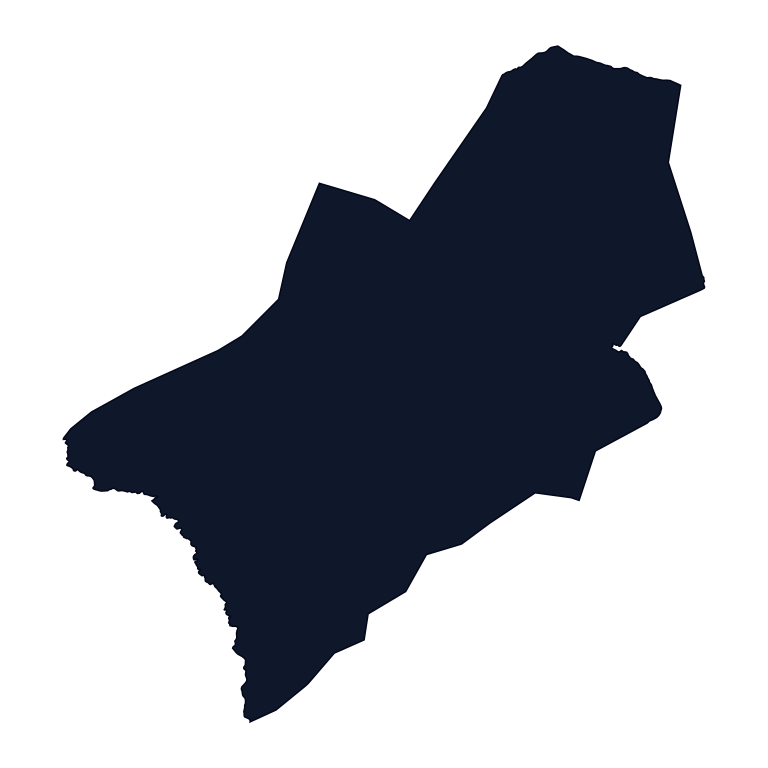 O'mnogovi, Uvs, Mongolia
{"feature_id": "93677404B24799113543159", "entity_name": "O'mnogovi", "entity_type": "district", "adm_level": 2, "iso_a3": "MNG", "parent_name": "Mongolia", "parent_adm1": "Uvs", "projection": "robinson", "projection_center": [91.474, 49.101], "detail": "fine", "context": "isolated", "style": "filled", "palette": "ink", "viewbox_px": 768, "rotation_deg": 0, "n_neighbors": 0, "source": "geoboundaries", "source_scale": "gbopen_adm2", "svg_char_len": 5997}
<svg xmlns="http://www.w3.org/2000/svg" viewBox="0 0 768 768"><path d="M250.1,721.9L276.0,710.0L305.3,686.1L308.4,683.2L334.3,653.1L364.1,639.9L368.1,613.9L405.7,591.5L426.4,554.6L461.6,544.0L490.1,522.9L535.2,492.8L571.3,497.7L579.1,500.4L595.4,451.0L647.3,423.0L649.3,421.0L653.0,419.5L656.6,417.5L658.2,416.0L659.5,414.3L660.5,412.3L660.7,411.0L661.3,409.4L661.5,408.4L661.1,406.4L659.8,403.7L655.2,395.3L654.6,393.7L653.6,391.5L653.2,390.1L652.7,389.3L651.5,385.3L651.2,384.6L649.7,382.5L649.3,381.7L649.1,380.3L647.5,377.6L646.8,375.7L646.1,374.8L645.6,373.8L644.9,371.4L643.1,369.3L642.4,368.7L641.2,368.0L640.0,366.5L639.4,365.3L637.6,362.9L634.3,360.8L633.6,359.5L633.2,359.2L630.0,358.0L629.5,356.7L628.3,355.6L627.8,353.8L626.7,352.3L625.7,352.0L623.3,351.8L621.7,350.6L621.3,350.5L621.0,350.7L620.5,351.4L620.0,351.6L618.7,352.0L618.1,351.8L615.6,350.2L612.4,348.6L611.7,347.9L611.6,347.3L612.9,345.8L612.5,344.3L612.8,343.9L614.5,344.2L615.4,344.9L616.3,345.2L616.7,345.3L617.4,344.8L617.7,344.8L618.0,344.9L618.6,345.9L619.2,346.2L619.8,346.3L620.7,345.8L640.3,316.5L701.0,289.9L704.2,288.2L704.4,287.6L704.6,286.9L704.4,286.3L703.9,285.3L703.4,283.7L703.8,282.2L704.4,281.3L703.8,279.2L703.8,277.6L702.9,276.4L702.3,276.1L690.8,232.4L668.3,162.5L680.7,85.3L670.0,80.5L666.6,80.2L663.1,80.3L660.9,80.0L656.1,78.9L654.0,78.8L651.4,77.7L649.9,77.5L647.2,77.8L643.6,76.4L639.5,74.5L637.2,72.6L634.3,72.0L632.2,70.6L629.8,69.7L628.4,68.6L627.0,68.0L625.2,67.6L624.0,67.6L621.0,68.5L619.3,68.7L613.8,68.7L613.6,68.4L612.5,68.1L611.4,66.9L610.7,66.4L607.2,65.5L605.3,65.3L600.1,63.1L596.1,62.3L592.3,60.5L586.3,58.5L579.3,56.6L576.7,56.2L574.1,56.2L573.2,55.9L570.9,54.5L568.1,53.0L564.0,50.0L560.0,47.5L558.1,46.2L557.7,46.1L551.9,47.3L550.5,47.8L549.2,48.8L547.4,50.7L546.5,51.5L545.5,52.1L543.8,52.7L541.7,53.0L538.5,53.1L536.5,54.3L531.7,58.6L525.5,63.6L522.9,66.2L521.0,67.3L518.4,67.4L517.4,68.8L516.8,69.3L515.7,68.9L514.7,69.1L512.4,70.3L511.7,71.0L509.8,71.7L507.7,72.0L505.6,73.0L504.4,74.1L502.8,74.6L501.8,76.0L486.6,107.9L434.7,182.9L409.6,220.7L374.8,199.8L319.4,183.3L286.7,262.8L278.6,299.3L242.0,336.0L217.9,350.6L134.3,388.3L91.5,412.0L70.8,428.8L63.6,438.1L63.4,439.4L65.4,439.3L66.3,439.6L66.9,440.1L66.9,440.5L66.8,440.8L65.5,442.5L65.5,443.1L67.7,444.8L68.2,445.3L68.4,446.0L68.4,446.6L67.8,447.5L67.8,448.0L68.1,449.9L67.5,451.0L67.3,451.8L67.3,452.6L67.9,454.0L68.0,456.8L67.6,457.5L66.7,458.3L66.9,459.1L67.3,459.7L68.7,460.7L69.2,461.5L69.0,462.0L67.4,463.7L66.8,465.1L67.6,465.7L70.2,466.6L71.8,467.7L72.9,468.6L73.3,469.1L73.4,470.1L73.8,470.7L74.6,471.0L75.6,471.0L76.9,469.8L77.7,469.5L80.2,471.8L81.9,472.6L84.6,473.3L85.7,475.0L86.3,475.4L87.2,475.8L89.0,475.9L90.2,476.2L91.3,476.7L92.4,477.8L94.0,479.8L94.5,482.2L94.6,483.3L94.5,484.1L94.9,484.7L94.8,485.4L94.4,486.1L93.1,487.7L93.1,488.5L94.4,489.3L98.2,490.3L99.1,490.7L101.6,491.1L107.7,490.7L109.6,489.4L110.4,489.4L111.2,489.2L112.7,488.3L113.3,488.3L114.5,488.5L115.3,488.9L117.7,490.8L119.2,490.9L121.7,490.5L124.9,491.1L127.3,491.9L128.0,491.8L128.7,491.4L129.5,491.4L130.2,491.5L131.5,492.3L132.3,492.5L135.2,492.0L136.1,492.3L137.1,493.3L137.6,493.5L139.5,493.2L141.2,491.7L141.8,491.3L142.3,491.2L143.1,491.8L143.9,493.7L144.4,494.3L147.3,494.6L150.7,495.9L153.3,496.4L155.6,496.0L156.5,496.0L157.4,496.6L157.0,497.3L156.4,497.6L155.3,497.7L154.4,498.8L154.4,499.1L151.9,500.9L154.6,503.5L157.3,505.3L160.5,509.8L160.4,511.6L161.5,513.5L161.6,513.9L161.3,515.6L161.4,515.9L162.1,516.2L163.3,516.0L164.6,514.8L165.5,514.4L166.4,514.3L166.9,514.9L166.3,516.8L166.4,517.5L166.7,517.9L167.5,518.1L169.3,517.6L170.6,518.0L172.6,517.7L173.1,517.9L174.2,518.9L177.3,519.5L177.8,519.7L178.3,520.3L178.4,521.2L178.3,522.0L177.7,522.8L176.8,522.9L176.1,523.3L175.4,524.0L174.9,525.1L174.3,526.1L174.3,526.5L176.4,528.6L176.8,528.9L177.5,528.9L180.6,528.0L181.1,528.1L181.7,529.2L181.4,530.4L180.8,531.4L180.4,532.4L180.4,532.9L180.7,533.4L181.3,534.0L181.8,534.8L183.1,535.5L183.7,537.1L184.3,537.6L185.7,537.9L186.5,538.6L188.1,538.6L190.6,540.5L191.0,541.2L191.1,541.8L190.9,544.1L191.1,544.6L192.1,545.7L193.1,546.2L194.8,546.6L195.5,547.3L196.1,548.9L196.3,549.5L195.7,551.1L196.8,552.1L197.0,552.6L196.0,553.9L194.7,554.7L193.8,555.8L193.4,556.8L193.3,557.5L193.6,559.1L193.9,559.7L194.8,559.8L196.9,559.0L197.6,559.4L197.6,559.9L197.1,560.8L195.3,561.6L194.9,562.0L194.9,562.4L195.8,563.7L196.2,564.7L197.4,566.5L197.7,567.2L197.8,568.8L198.2,569.2L200.1,569.4L200.5,569.6L200.5,569.8L199.4,570.6L198.6,571.9L198.6,572.7L198.9,573.3L199.5,573.9L201.9,575.7L203.6,575.3L204.2,575.5L204.4,575.8L204.6,577.0L205.2,578.3L205.3,580.5L205.4,581.1L206.4,581.9L208.1,582.6L209.5,584.1L210.0,584.5L210.6,584.4L213.0,583.3L213.6,583.6L214.9,586.6L217.6,589.2L218.6,590.8L220.7,592.8L221.1,593.6L221.4,595.2L220.7,595.6L220.5,596.0L221.0,597.0L224.2,600.3L226.2,601.6L226.5,602.2L226.6,603.0L225.6,603.9L225.2,604.6L225.4,605.8L225.3,607.4L224.6,609.1L224.2,609.5L224.3,609.8L224.9,610.0L226.3,610.0L226.8,610.5L226.9,610.9L226.8,611.3L226.0,612.3L225.9,612.8L226.3,614.0L226.8,614.5L230.4,616.4L230.4,616.7L229.0,617.3L228.8,617.7L228.8,618.8L229.1,619.2L229.4,620.4L229.3,620.9L228.7,622.9L229.7,624.0L230.0,625.7L231.3,625.9L232.3,626.3L236.2,626.3L237.4,627.3L237.8,628.1L237.7,629.1L237.0,630.6L236.5,633.1L236.8,637.6L236.6,638.4L235.6,640.3L235.0,640.8L234.9,641.7L235.2,642.3L235.4,643.3L235.4,644.5L235.0,645.4L233.2,646.8L232.6,648.2L236.2,652.6L237.7,654.0L239.2,654.9L242.2,656.5L244.5,658.4L245.6,660.0L245.3,664.8L244.6,666.2L243.8,667.2L243.7,668.1L244.0,668.9L244.9,669.5L246.0,671.0L245.5,674.0L245.6,675.6L246.6,678.1L246.9,679.6L246.6,681.1L245.4,683.0L242.0,686.7L241.4,688.4L241.4,689.3L242.1,691.3L242.6,694.9L243.2,696.1L244.9,698.0L245.3,699.0L245.5,700.6L245.5,702.3L245.3,703.8L244.7,705.2L244.7,707.5L243.8,711.8L244.0,712.5L244.2,714.0L244.1,715.4L244.3,716.2L244.8,717.0L248.4,718.5L249.6,719.4L250.2,721.0L250.1,721.9Z" fill="#0f172a" stroke="#020617" stroke-width="1.5"/></svg>